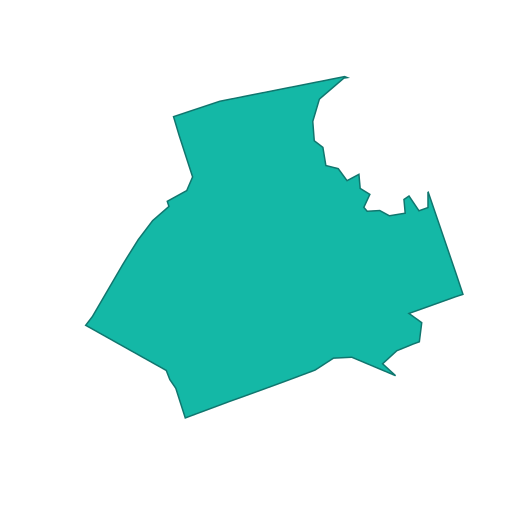 Marshall, Alabama, United States of America (Albers equal-area conic projection), rotated 71°
{"feature_id": "52423323B91350179619182", "entity_name": "Marshall", "entity_type": "district", "adm_level": 2, "iso_a3": "USA", "parent_name": "United States of America", "parent_adm1": "Alabama", "projection": "albers", "projection_center": [-86.327, 34.349], "detail": "fine", "context": "isolated", "style": "filled", "palette": "teal", "viewbox_px": 512, "rotation_deg": 71, "n_neighbors": 0, "source": "geoboundaries", "source_scale": "gbopen_adm2", "svg_char_len": 948}
<svg xmlns="http://www.w3.org/2000/svg" viewBox="0 0 512 512"><g transform="rotate(71 256 256)"><path d="M175.4,322.1L180.8,322.2L188.9,342.2L197.3,354.7L202.1,361.9L215.6,378.6L220.7,384.8L259.9,430.3L266.1,439.6L335.0,378.1L344.8,377.7L355.0,374.9L386.1,375.6L385.8,364.9L384.9,328.9L384.6,304.8L383.9,267.4L383.1,237.3L377.8,216.0L382.9,198.4L414.6,163.0L399.1,171.4L391.4,153.7L390.4,136.2L390.3,129.5L373.0,121.0L360.1,130.1L359.5,80.7L359.6,72.8L338.8,72.6L258.4,72.4L257.1,72.4L251.8,72.4L251.9,72.7L266.2,77.6L266.3,87.2L249.1,91.8L250.7,97.7L264.1,101.0L261.4,116.8L253.3,124.2L249.9,136.3L245.1,138.2L234.8,128.3L226.0,135.5L212.3,132.1L214.4,145.4L200.2,149.8L193.2,160.5L175.1,157.4L166.0,163.4L147.2,158.5L128.6,145.2L128.1,144.5L116.4,115.0L117.0,111.7L115.2,113.8L102.8,204.0L102.6,205.4L97.9,239.9L97.6,268.8L97.4,288.6L117.0,289.4L160.6,290.2L171.6,300.2L175.4,322.1Z" fill="#14b8a6" stroke="#0f766e" stroke-width="1.5"/></g></svg>